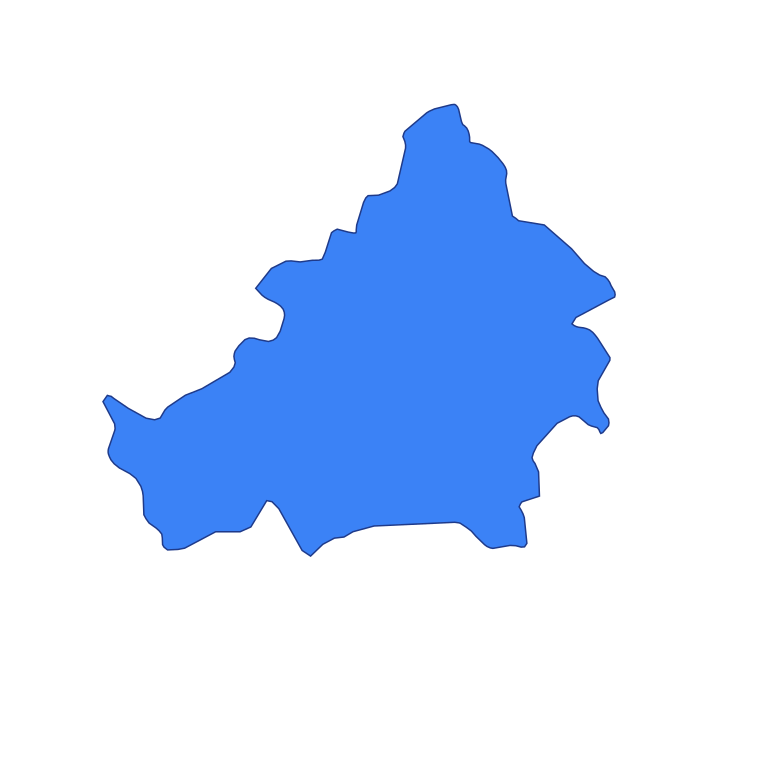 outline of Berlin, rotated 128°
{"feature_id": "DEU-1599", "entity_name": "Berlin", "entity_type": "State", "adm_level": 1, "iso_a3": "DEU", "parent_name": "Germany", "parent_adm1": "", "projection": "orthographic", "projection_center": [13.385, 52.503], "detail": "fine", "context": "isolated", "style": "filled", "palette": "blue", "viewbox_px": 768, "rotation_deg": 128, "n_neighbors": 0, "source": "natural_earth", "source_scale": "10m", "svg_char_len": 2811}
<svg xmlns="http://www.w3.org/2000/svg" viewBox="0 0 768 768"><g transform="rotate(128 384 384)"><path d="M425.8,173.0L428.1,175.5L430.3,180.6L433.6,185.3L446.5,197.0L447.7,199.3L448.6,202.8L448.7,205.8L447.4,217.8L446.1,224.6L446.2,230.9L446.8,238.2L447.2,239.3L449.4,243.1L502.0,304.4L519.5,317.5L529.2,321.3L536.0,328.2L547.9,333.5L564.8,335.9L565.6,346.0L547.0,390.1L545.7,399.8L548.1,404.6L578.6,400.9L589.0,406.4L604.1,425.7L636.1,440.0L641.2,444.5L648.0,452.4L648.0,456.9L646.9,459.6L641.7,464.0L639.1,466.7L638.1,470.8L637.8,475.0L638.2,483.5L636.7,488.6L634.9,492.7L620.3,505.0L617.3,508.2L614.3,512.6L611.1,521.4L611.1,529.2L613.1,540.8L613.0,547.5L611.9,552.4L610.4,555.5L608.8,558.1L607.7,559.3L606.1,560.5L604.6,561.3L586.3,567.6L584.6,568.5L581.2,571.8L570.9,594.6L563.3,595.0L562.5,593.0L561.7,591.4L561.7,587.8L560.6,570.4L557.4,550.4L553.4,542.7L548.6,539.4L539.4,540.6L535.3,540.2L515.1,533.6L500.0,524.7L469.7,512.7L463.0,512.7L458.8,514.3L456.8,517.0L454.6,519.3L452.1,520.7L449.7,521.6L443.1,521.9L434.7,520.9L430.8,518.6L427.8,514.4L425.8,509.3L421.6,501.2L417.6,498.3L413.6,497.2L406.3,498.3L394.0,503.0L391.1,504.6L388.8,506.8L387.1,509.6L386.3,513.4L386.4,517.1L386.9,520.7L388.6,527.5L389.1,531.4L389.1,534.8L387.6,544.0L362.3,543.9L347.6,536.9L344.2,533.0L339.4,525.2L330.7,516.7L326.5,511.5L323.6,509.5L316.3,511.4L297.1,518.5L294.3,517.8L290.8,516.2L286.3,505.7L283.7,500.8L282.3,499.3L280.9,499.7L279.9,500.6L275.5,503.4L253.5,511.9L248.6,512.9L245.4,512.5L238.6,504.6L228.3,498.2L222.6,496.6L218.1,496.7L184.9,512.2L182.4,514.1L180.0,516.9L177.4,521.4L174.1,522.7L171.9,523.1L144.0,517.3L141.1,516.2L136.2,513.6L122.6,503.0L120.9,501.3L120.4,500.7L120.1,500.1L120.0,498.7L120.4,496.7L121.7,494.2L129.3,484.8L130.1,483.5L131.1,481.6L131.0,479.5L131.4,476.4L132.8,473.4L134.7,470.8L136.8,468.5L140.3,465.7L140.4,464.3L136.3,456.6L135.3,453.3L134.3,446.0L134.3,441.9L135.4,433.4L137.3,425.4L138.6,421.9L140.3,419.0L142.7,416.8L148.3,413.8L150.8,411.7L172.6,386.2L172.3,382.1L172.5,378.5L160.0,355.6L162.0,319.3L165.7,300.2L166.2,288.1L165.4,281.2L163.4,275.7L163.9,272.0L165.0,268.7L166.7,265.6L169.4,258.9L171.4,256.8L173.5,255.8L179.4,258.6L213.4,273.7L220.9,272.9L220.9,270.2L220.3,267.6L219.4,265.5L216.9,261.3L215.7,258.5L214.8,255.2L214.8,251.3L215.5,247.5L216.5,243.7L224.1,222.2L226.3,220.6L249.5,217.2L256.6,213.0L265.4,205.0L268.8,198.8L271.4,192.9L273.4,185.6L276.1,182.8L278.7,181.4L287.6,181.7L289.5,182.7L288.8,184.5L287.6,186.6L287.1,189.1L289.4,194.6L290.3,198.0L289.8,210.1L290.9,213.1L292.8,215.6L295.4,217.5L308.4,223.4L338.5,225.5L346.4,223.8L350.9,222.0L352.7,219.3L353.7,216.0L358.1,208.1L376.6,192.5L391.9,202.7L394.2,202.7L397.6,201.9L399.0,198.2L400.8,194.4L402.9,191.2L421.6,173.3L425.8,173.0Z" fill="#3b82f6" stroke="#1e3a8a" stroke-width="1.5"/></g></svg>